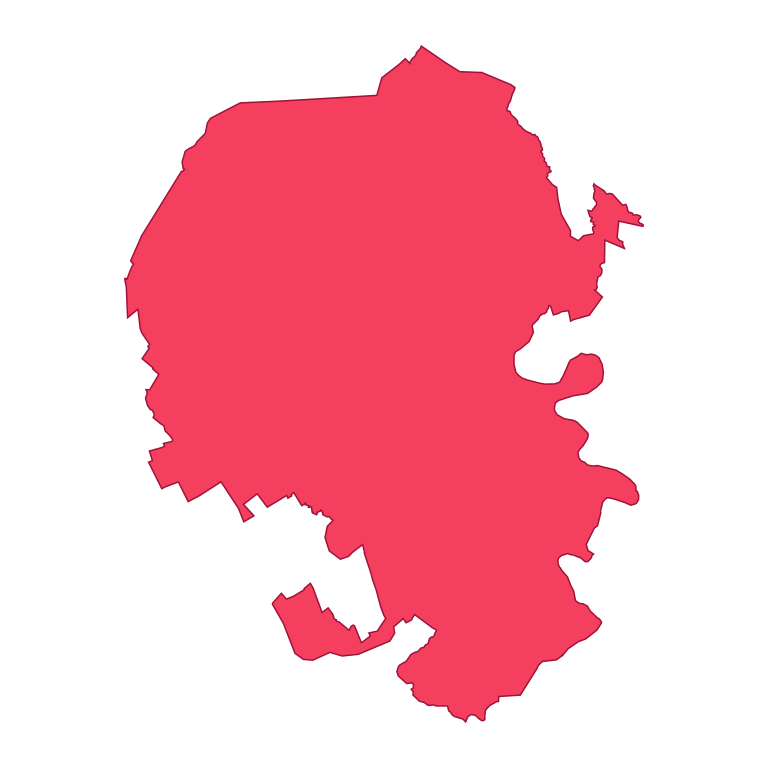 Acala, Chiapas, Mexico (Mercator projection)
{"feature_id": "50627088B13121801882345", "entity_name": "Acala", "entity_type": "district", "adm_level": 2, "iso_a3": "MEX", "parent_name": "Mexico", "parent_adm1": "Chiapas", "projection": "mercator", "projection_center": [-92.809, 16.528], "detail": "fine", "context": "isolated", "style": "filled", "palette": "rose", "viewbox_px": 768, "rotation_deg": 0, "n_neighbors": 0, "source": "geoboundaries", "source_scale": "gbopen_adm2", "svg_char_len": 6112}
<svg xmlns="http://www.w3.org/2000/svg" viewBox="0 0 768 768"><path d="M465.6,721.9L468.0,716.5L471.3,714.5L475.6,715.4L478.8,718.6L481.7,720.6L483.9,720.5L485.0,718.9L484.7,716.1L485.6,710.0L489.5,705.7L496.4,701.7L498.5,701.5L498.8,696.5L520.3,695.1L537.2,668.2L538.3,665.4L542.4,661.5L556.5,659.8L560.8,656.7L562.2,655.0L562.5,655.6L568.0,648.8L578.3,641.7L585.7,638.9L596.9,630.1L601.5,622.9L601.5,621.9L599.4,619.0L597.2,617.7L590.2,611.0L587.3,606.0L583.0,603.8L579.5,603.4L575.9,601.0L575.3,599.8L573.7,591.1L571.0,585.9L567.4,576.8L561.5,570.1L560.5,568.1L559.4,567.1L558.1,563.7L557.9,560.2L558.6,558.0L561.7,555.4L567.6,553.6L571.6,554.9L572.9,554.8L578.4,557.1L579.1,556.9L580.3,557.9L581.9,558.3L582.0,559.0L584.8,561.4L585.8,561.8L588.0,561.5L591.5,557.7L591.8,555.6L593.6,554.1L588.0,550.5L586.2,544.4L594.3,528.1L597.5,525.8L600.8,512.8L600.5,510.9L602.7,502.2L605.5,498.7L607.9,497.7L614.2,499.0L624.7,502.5L630.9,505.2L635.5,503.8L636.6,503.0L638.6,499.4L638.7,495.4L637.2,491.3L636.4,491.4L636.0,490.8L635.8,486.1L635.0,484.6L630.3,479.6L623.4,474.6L616.2,470.2L597.7,465.6L592.3,466.0L587.5,465.0L584.8,462.4L581.1,460.9L578.7,457.4L578.0,452.3L580.2,448.8L582.7,446.3L586.9,439.6L588.1,436.6L588.1,434.0L587.4,432.6L577.2,422.3L575.5,421.3L572.5,420.1L564.4,418.8L557.4,414.9L554.7,410.9L554.4,408.3L555.2,403.3L558.5,400.5L572.6,395.9L587.6,393.4L596.5,387.2L601.6,382.1L602.5,380.1L603.4,372.2L602.1,364.3L599.0,357.7L595.5,355.2L591.6,354.1L586.3,354.8L581.2,353.3L577.3,356.5L570.7,360.0L569.3,361.9L563.9,374.5L559.7,382.2L554.6,383.9L545.0,384.1L539.2,383.1L527.0,379.9L521.9,378.0L518.4,375.2L515.9,372.3L514.0,364.5L514.0,355.8L515.1,352.5L515.8,351.6L520.6,348.7L529.1,341.5L533.4,332.4L532.1,326.1L532.5,324.9L538.2,319.2L539.8,315.9L542.2,314.1L544.8,313.5L546.6,311.9L547.3,309.2L548.4,308.5L548.9,305.6L550.4,305.7L553.4,314.9L557.9,313.7L561.5,311.7L568.5,310.7L570.6,321.1L573.8,319.5L589.3,315.2L602.4,297.0L594.6,290.0L596.2,289.6L597.3,286.9L596.8,286.3L596.7,283.2L598.0,277.0L600.3,275.7L601.8,272.7L601.9,269.7L601.5,268.4L600.0,266.9L600.1,265.4L600.5,264.4L601.9,263.4L604.5,262.6L604.8,240.1L624.4,248.5L622.6,244.1L622.8,242.1L622.3,241.5L619.5,240.6L617.1,237.5L618.8,221.1L642.9,226.4L643.3,225.0L642.1,224.0L639.9,223.2L638.4,221.6L638.5,220.0L640.9,217.2L640.0,215.9L636.9,214.8L633.3,215.1L632.6,213.3L630.3,212.4L629.1,212.5L627.8,210.7L627.0,206.9L625.8,204.4L622.6,205.2L612.2,193.9L609.3,193.4L607.0,194.2L605.4,192.8L604.5,191.1L595.1,185.1L594.1,183.8L593.3,185.9L594.0,187.0L594.8,191.4L593.9,193.8L593.5,198.4L596.5,202.3L596.5,205.1L595.2,206.2L594.4,207.7L593.5,208.3L591.9,211.0L591.3,211.2L588.0,210.3L589.7,216.1L590.2,216.9L592.2,217.6L592.2,218.2L591.0,219.3L590.6,221.5L593.7,222.3L593.1,224.1L595.2,225.7L594.9,226.2L593.2,226.7L592.6,227.7L593.0,230.5L593.8,232.2L593.7,233.0L593.3,233.9L583.5,235.7L578.4,240.7L570.5,236.3L570.5,230.5L561.2,214.1L557.9,198.6L556.6,187.4L552.3,184.5L546.6,177.8L546.5,177.1L547.8,175.9L547.5,173.2L550.7,171.9L551.1,171.1L549.4,169.6L549.8,166.9L547.2,166.5L545.9,162.3L544.3,161.3L544.5,158.3L542.5,156.2L542.6,153.8L540.9,151.9L540.9,151.3L542.2,150.4L542.5,149.1L541.8,147.2L540.9,146.1L541.1,145.0L540.2,141.9L538.6,139.8L537.7,137.1L535.7,135.8L534.7,134.4L533.3,135.2L530.3,133.1L526.6,131.6L522.8,128.7L520.8,126.2L518.9,125.1L517.4,123.0L517.8,121.5L516.0,119.0L511.1,114.6L510.2,111.8L509.0,111.0L507.3,110.9L506.9,108.2L507.9,106.8L508.5,103.9L510.4,100.9L512.2,94.5L514.6,89.5L514.9,87.5L511.2,84.8L481.8,72.5L459.8,71.7L445.8,62.9L421.3,46.1L420.2,48.7L416.5,52.5L416.1,54.4L414.5,56.9L412.9,57.9L411.4,59.8L410.3,61.6L410.0,63.5L405.3,58.7L398.7,64.7L381.8,77.8L376.8,95.4L277.8,101.2L240.2,102.9L210.5,118.3L207.4,123.0L205.3,133.3L197.0,141.7L195.4,144.7L193.4,146.4L188.8,148.7L185.2,151.3L182.1,162.0L183.2,168.6L184.5,169.3L182.7,171.3L181.4,171.4L141.7,235.7L130.7,260.7L131.6,262.3L133.5,264.0L131.3,267.8L126.9,279.2L125.1,278.3L124.7,279.3L126.3,286.6L127.6,317.7L137.9,309.2L140.2,328.4L141.5,332.2L143.5,335.4L149.7,344.5L147.8,346.5L149.1,348.4L142.1,358.7L153.0,367.8L152.6,368.9L158.8,374.4L149.7,389.8L146.0,389.6L147.3,393.2L145.5,398.2L147.5,405.4L150.4,409.7L152.2,410.0L152.6,410.8L154.4,414.7L153.1,417.6L160.3,423.5L163.9,425.7L165.2,431.1L169.1,434.8L171.7,438.1L172.7,440.1L172.0,441.4L163.5,443.5L164.6,446.3L161.4,447.7L149.4,451.0L152.4,460.6L148.6,462.2L161.8,488.7L165.5,486.8L178.4,481.9L188.2,501.6L199.6,495.6L221.0,481.8L238.5,508.4L243.8,521.8L253.9,515.8L243.5,504.4L257.2,493.8L267.3,507.2L286.6,495.5L287.9,498.2L291.7,495.9L291.1,494.6L293.8,492.6L301.8,505.7L305.5,503.2L305.3,504.8L308.8,505.6L308.3,507.2L309.3,507.5L310.8,506.7L311.5,507.0L312.1,512.1L312.8,512.1L312.9,513.1L316.5,514.7L317.1,514.0L317.5,512.2L320.5,511.1L320.7,510.1L321.6,510.5L322.7,512.0L322.3,512.8L322.8,513.1L322.8,514.7L327.1,516.9L328.9,516.6L330.8,518.3L330.9,518.9L333.1,520.3L327.3,526.3L325.0,537.5L329.3,550.9L340.4,559.2L348.5,556.4L353.3,551.6L362.6,544.6L364.7,553.0L364.3,553.1L370.8,572.8L372.8,580.4L376.1,589.6L380.7,606.9L383.8,615.1L385.7,618.4L377.3,631.1L368.9,633.0L370.3,636.1L361.4,642.8L354.5,625.8L353.1,625.1L351.1,626.4L349.2,630.2L347.9,629.3L339.1,622.0L336.4,621.1L336.3,619.8L334.3,619.0L332.9,614.5L328.1,607.9L322.1,612.6L313.1,588.1L310.3,583.3L304.1,588.6L304.4,589.6L293.4,596.3L286.4,599.1L281.4,593.3L272.9,602.8L272.4,604.2L283.3,623.2L295.0,653.3L303.4,659.4L312.8,660.2L329.9,652.4L342.3,656.0L358.2,654.3L389.9,641.0L394.7,633.1L393.6,626.9L403.3,618.6L405.9,622.7L409.0,621.4L411.7,619.8L412.6,617.5L414.7,614.6L432.6,627.9L436.5,629.9L433.6,636.7L431.3,637.1L429.5,638.5L428.0,643.8L425.5,644.9L424.0,647.2L420.8,648.1L417.8,651.6L415.4,652.1L411.1,654.3L406.2,661.3L400.1,664.7L398.4,666.6L396.9,671.5L398.3,676.0L406.7,683.5L412.2,682.9L413.4,684.5L413.3,687.4L413.1,688.0L411.2,689.2L413.3,691.9L412.9,694.9L419.4,701.2L424.3,702.5L427.8,705.2L429.7,705.4L433.1,704.8L436.0,705.9L446.7,705.9L447.7,706.6L448.7,710.8L450.5,712.3L452.0,714.6L454.2,716.4L462.9,719.1L465.6,721.9Z" fill="#f43f5e" stroke="#9f1239" stroke-width="1.5"/></svg>